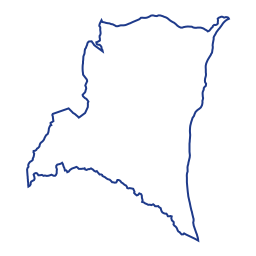 the district of Prado, Bahia, Brazil
{"feature_id": "56859067B3199407317230", "entity_name": "Prado", "entity_type": "district", "adm_level": 2, "iso_a3": "BRA", "parent_name": "Brazil", "parent_adm1": "Bahia", "projection": "mercator", "projection_center": [-39.359, -17.168], "detail": "fine", "context": "isolated", "style": "outline", "palette": "blue", "viewbox_px": 256, "rotation_deg": 0, "n_neighbors": 0, "source": "geoboundaries", "source_scale": "gbopen_adm2", "svg_char_len": 5724}
<svg xmlns="http://www.w3.org/2000/svg" viewBox="0 0 256 256"><path d="M198.2,240.6L198.0,238.9L197.8,237.7L197.3,236.1L196.9,234.5L196.2,232.8L193.7,225.5L193.5,224.2L193.2,222.6L193.6,220.8L193.6,219.0L193.2,217.7L192.8,216.0L192.4,214.4L191.8,211.5L191.4,210.4L190.5,206.5L189.7,202.4L189.3,200.9L189.0,199.4L188.7,198.1L188.3,196.3L188.1,194.4L187.8,192.1L187.6,190.1L187.2,185.9L186.9,182.3L186.9,180.8L186.9,177.6L186.8,175.8L186.9,174.2L187.1,173.0L187.6,171.6L187.6,170.4L187.5,167.4L187.7,165.9L188.2,164.3L188.4,162.8L189.7,157.4L189.9,155.3L189.7,153.5L189.5,151.8L189.5,143.5L189.7,141.9L189.8,140.0L190.0,137.9L190.1,136.5L190.2,135.0L190.0,132.7L189.9,130.9L190.0,128.9L190.1,127.3L190.3,125.7L191.2,122.1L192.0,119.7L192.5,118.0L193.2,117.0L194.0,115.9L194.5,114.3L195.6,111.9L197.4,110.1L199.4,108.7L200.8,107.5L201.4,106.4L202.0,105.2L202.3,103.9L202.5,102.4L202.4,100.9L202.8,99.6L203.1,98.1L202.8,96.7L202.7,95.2L202.6,93.6L202.7,92.2L203.2,90.8L203.7,89.7L203.8,88.1L204.6,86.9L205.8,85.9L206.1,83.8L205.1,82.2L204.9,80.6L205.1,78.6L205.5,77.2L205.9,75.7L206.0,74.0L205.8,72.5L205.8,71.0L205.8,69.4L205.7,67.8L205.7,65.9L206.2,63.5L206.9,61.8L207.5,60.4L208.2,59.1L209.0,57.8L209.9,56.3L210.6,55.3L211.3,53.7L212.0,52.7L212.2,51.5L212.4,49.9L212.7,48.5L212.8,46.9L212.6,45.4L212.8,43.7L213.4,40.5L213.7,39.0L213.6,37.7L214.0,36.5L214.6,35.5L215.5,34.0L216.4,32.2L217.5,30.7L218.4,29.5L219.4,28.4L220.9,26.4L221.9,25.0L222.8,23.6L223.6,22.6L224.7,21.5L225.7,20.6L227.0,19.7L228.9,18.8L228.3,17.7L227.0,17.2L225.8,17.1L224.1,17.6L222.5,16.8L221.3,16.7L219.9,17.3L218.7,17.8L217.7,18.7L218.0,20.4L217.8,22.0L217.8,23.6L216.9,24.5L215.7,25.0L214.2,24.9L212.9,26.0L212.5,27.2L211.4,28.0L210.4,29.4L209.3,30.7L207.8,31.4L206.7,30.4L205.0,29.5L203.5,28.5L201.8,27.9L200.5,27.6L197.7,27.6L196.3,27.8L195.0,27.8L193.3,27.5L191.8,26.7L187.7,26.5L185.8,26.7L183.7,27.1L182.3,27.6L180.8,27.6L179.0,26.8L177.4,25.7L176.0,24.3L174.2,22.8L172.6,22.0L171.4,21.3L170.3,20.6L169.3,19.8L167.4,18.2L165.7,17.3L164.1,16.8L162.8,16.2L161.5,15.8L160.1,15.4L158.4,15.4L156.9,16.1L154.9,15.9L153.5,15.5L152.2,15.4L150.8,15.7L149.6,16.5L148.3,17.1L147.3,17.5L146.1,17.8L144.5,17.9L143.2,17.8L142.1,17.7L140.9,17.8L140.0,18.7L139.0,19.4L137.6,20.0L135.9,20.7L132.8,22.0L131.5,22.6L130.3,23.2L129.1,23.6L127.7,24.2L126.5,24.7L125.3,25.1L123.8,25.3L120.8,25.3L119.4,25.7L117.8,26.2L116.1,26.2L115.0,25.5L112.7,24.3L111.2,24.1L109.5,23.4L107.6,23.2L106.0,22.9L104.8,22.5L103.6,22.2L102.3,22.0L101.5,20.2L99.9,23.4L99.5,24.6L99.3,25.9L100.2,27.1L100.3,28.4L100.2,29.8L100.5,31.9L100.6,33.4L100.3,34.8L99.6,35.9L99.6,37.3L99.9,38.8L99.9,40.5L97.9,41.7L96.3,42.3L96.7,44.0L98.0,44.7L99.6,44.8L100.5,45.6L101.4,46.9L101.7,49.0L102.4,50.0L102.7,51.4L95.3,46.0L94.1,45.0L93.2,43.5L92.4,42.5L91.6,41.3L88.9,41.5L87.8,42.5L87.3,43.7L87.1,44.9L86.4,46.4L85.9,47.9L85.0,49.2L84.7,51.1L84.6,52.8L84.3,54.2L83.8,55.3L83.4,56.5L83.2,60.1L83.0,61.4L83.0,63.2L82.7,65.1L82.6,67.2L82.6,69.1L82.7,71.1L83.0,73.3L83.1,74.7L86.8,79.5L87.2,81.1L86.5,82.7L85.9,83.9L85.3,85.6L86.0,87.1L86.2,88.7L85.7,90.0L85.3,91.8L84.6,92.8L83.8,93.5L82.6,94.9L83.0,96.2L83.9,97.1L85.0,98.1L86.4,98.9L87.3,100.0L88.4,101.6L87.8,103.1L87.9,104.5L87.8,107.1L87.3,108.2L85.1,113.0L80.0,116.8L78.8,117.6L77.6,116.3L76.3,115.3L75.5,114.5L74.4,113.7L73.1,113.0L72.0,111.8L70.7,110.5L69.6,109.4L68.6,108.4L52.8,113.9L52.3,115.0L52.8,116.4L53.0,118.2L53.2,119.9L53.4,121.1L52.3,121.9L50.6,122.8L50.6,124.0L51.3,125.1L50.2,125.7L49.6,126.7L48.9,128.5L48.7,130.4L48.3,132.4L47.6,134.1L46.3,135.0L45.5,136.2L44.6,137.9L44.0,139.5L43.3,140.5L42.4,141.5L41.2,142.4L40.3,143.4L39.8,144.6L39.4,146.5L38.2,147.9L37.0,148.6L36.3,149.9L35.1,150.7L33.6,151.0L33.5,152.4L34.2,153.6L34.0,154.9L33.6,156.9L32.8,158.5L32.8,159.8L31.7,160.9L30.0,161.9L28.8,163.5L28.2,165.1L28.5,166.8L27.6,167.9L27.1,169.5L27.2,171.1L27.3,172.7L27.4,173.9L27.5,175.4L27.7,176.9L27.7,178.2L27.9,179.6L27.9,181.0L28.2,183.0L28.2,185.1L28.4,186.6L29.7,185.8L30.6,184.5L30.7,182.8L31.2,181.6L32.4,180.9L34.0,180.1L34.6,178.8L34.4,177.0L33.6,174.6L34.4,173.6L36.0,173.0L37.2,173.5L38.4,175.3L40.2,175.2L41.9,174.9L43.5,175.8L44.9,175.5L46.6,175.9L48.1,175.8L49.6,175.4L51.5,174.7L53.5,175.7L55.0,175.8L55.9,175.0L56.7,173.2L56.7,171.2L56.9,169.2L56.2,167.3L56.3,165.8L57.3,164.6L59.5,164.1L61.2,163.5L62.1,162.8L62.7,163.7L63.2,165.2L63.6,166.6L64.4,168.2L64.9,170.5L66.0,170.3L66.9,171.1L67.3,172.2L68.7,171.6L70.1,169.8L72.1,168.5L75.0,167.5L76.4,166.9L77.5,167.5L78.7,168.8L80.1,168.9L81.3,168.9L82.4,168.7L83.6,168.7L84.6,168.3L85.2,169.5L86.6,169.9L88.4,169.1L89.6,169.1L91.0,168.4L93.1,169.7L94.1,170.8L95.7,171.6L96.8,171.1L97.6,172.2L98.5,173.2L99.6,174.5L101.0,174.4L102.1,174.9L102.5,176.0L105.0,177.2L106.2,178.2L107.6,179.1L109.7,179.7L111.0,180.9L112.1,182.2L113.2,182.3L114.9,182.7L116.3,182.4L116.8,181.4L117.4,180.0L118.6,180.0L119.7,180.5L120.6,181.3L121.4,182.5L122.6,183.1L123.7,184.1L124.7,184.9L126.0,185.5L126.9,186.8L127.3,188.1L128.4,188.4L129.6,188.1L131.9,188.5L133.2,188.8L133.8,190.1L134.5,191.7L134.1,192.9L135.4,194.3L136.8,195.4L138.2,194.8L139.3,193.4L141.2,194.2L141.8,195.6L141.9,197.7L142.6,200.3L142.1,201.9L143.8,202.4L145.3,203.5L146.5,203.9L148.2,204.8L149.9,204.7L151.4,205.1L153.2,204.3L154.2,205.1L155.1,206.2L156.8,206.3L158.2,206.1L159.1,207.2L160.7,208.2L161.1,209.9L161.7,211.4L162.4,212.4L163.7,213.2L165.3,213.7L166.4,213.7L167.2,214.7L167.8,216.2L169.1,216.3L170.5,216.0L171.7,216.4L171.3,218.2L171.9,220.4L173.6,221.9L173.8,223.2L173.5,224.5L174.4,225.7L175.5,226.5L176.5,227.6L177.2,229.1L177.7,230.5L178.5,231.6L179.6,232.1L180.3,233.0L181.6,234.4L183.3,234.3L184.1,233.4L186.2,234.6L194.8,238.7L198.2,240.6Z" fill="none" stroke="#1e3a8a" stroke-width="2"/></svg>